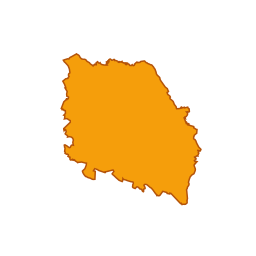 Morroa, Sucre, Colombia, rotated 308°
{"feature_id": "7082276B21586467517782", "entity_name": "Morroa", "entity_type": "district", "adm_level": 2, "iso_a3": "COL", "parent_name": "Colombia", "parent_adm1": "Sucre", "projection": "natural_earth1", "projection_center": [-75.308, 9.392], "detail": "fine", "context": "isolated", "style": "filled", "palette": "amber", "viewbox_px": 256, "rotation_deg": 308, "n_neighbors": 0, "source": "geoboundaries", "source_scale": "gbopen_adm2", "svg_char_len": 5709}
<svg xmlns="http://www.w3.org/2000/svg" viewBox="0 0 256 256"><g transform="rotate(308 128 128)"><path d="M96.0,72.3L97.2,73.4L97.9,74.4L98.0,76.5L98.3,77.9L97.0,79.0L88.0,77.7L87.2,78.4L86.6,79.2L87.7,79.0L88.0,79.1L88.2,79.4L88.1,80.2L87.5,80.2L87.6,80.7L87.4,81.3L86.8,81.7L84.8,82.0L84.6,82.3L84.7,84.6L84.5,85.4L83.6,85.9L84.9,86.9L85.8,88.5L86.0,89.4L85.9,90.7L84.9,92.4L84.0,92.7L82.5,93.5L80.8,95.6L80.2,94.4L79.3,94.0L77.1,94.4L76.4,93.8L76.2,91.7L76.3,90.5L76.0,89.8L76.0,88.9L75.5,88.3L74.8,88.7L74.5,89.3L73.9,89.7L73.5,90.7L70.5,92.5L70.2,93.6L69.3,93.9L69.5,95.7L70.1,96.3L70.2,97.3L70.2,97.5L69.7,97.9L68.7,98.1L68.9,99.8L69.3,99.9L69.3,100.3L67.8,101.3L67.6,101.7L67.4,102.3L67.6,102.8L68.3,103.1L68.5,103.7L68.9,103.4L69.2,103.5L69.3,103.7L69.1,104.5L69.9,105.1L69.9,105.5L69.4,105.6L69.8,106.3L69.6,106.9L69.8,108.6L69.7,109.7L70.7,110.3L71.7,111.5L72.5,112.2L74.4,116.5L74.7,116.9L73.0,118.0L69.4,119.1L66.0,118.6L65.2,119.7L64.5,121.1L63.9,123.1L63.7,124.5L64.0,124.7L64.3,127.0L65.2,129.1L65.6,131.4L66.1,132.3L67.2,133.5L73.7,128.9L73.0,127.1L75.5,126.8L76.4,129.4L76.5,131.0L78.7,137.4L78.9,137.5L79.5,137.0L80.1,137.7L85.7,142.0L85.1,143.6L82.1,143.7L81.9,144.2L81.8,146.6L81.5,149.2L81.3,153.2L82.2,156.4L83.1,156.3L85.0,155.1L84.8,155.8L84.9,156.5L85.8,158.6L86.0,159.5L87.5,163.4L88.5,165.1L88.0,166.0L87.4,166.4L85.9,166.8L85.4,167.4L84.4,167.8L84.2,168.3L84.1,168.9L84.7,170.9L86.9,171.1L87.3,171.5L87.5,171.9L87.6,173.0L87.3,175.1L87.9,176.0L88.0,176.6L87.2,178.1L87.1,178.9L87.3,179.4L87.8,179.3L89.1,178.1L89.8,178.1L90.6,178.7L90.9,178.7L91.7,177.9L92.6,175.9L93.1,175.7L94.0,176.0L94.8,177.3L95.0,177.9L94.8,182.1L95.0,183.3L94.6,185.5L93.3,189.9L93.0,191.5L92.7,192.0L93.1,192.0L93.0,193.2L94.0,194.4L94.8,194.6L99.5,194.4L101.1,198.3L100.5,199.1L101.7,201.5L102.5,201.1L102.7,201.9L102.9,202.1L100.9,215.2L100.9,216.2L101.4,216.3L100.9,217.7L101.7,218.2L102.8,219.7L103.3,220.2L105.0,220.7L106.0,220.3L107.1,219.1L107.3,219.2L107.8,218.8L109.0,218.3L114.6,213.0L115.4,212.1L116.8,211.9L118.2,211.2L120.1,211.2L121.5,210.6L122.4,209.1L125.2,207.9L127.7,207.1L130.2,207.2L132.6,208.1L135.5,207.3L136.7,206.7L137.3,206.1L139.1,203.2L139.7,202.8L141.5,203.0L141.5,202.7L144.0,203.1L143.8,202.5L143.0,201.6L142.9,201.0L143.1,200.4L145.6,200.7L145.9,198.5L146.1,198.3L147.1,199.2L148.1,199.1L148.3,199.3L148.9,200.3L149.1,200.0L151.7,199.3L151.8,198.6L153.6,198.3L153.4,197.1L153.2,197.2L153.1,196.9L153.4,196.8L154.5,199.1L156.1,198.6L156.5,195.5L158.3,191.5L159.7,189.2L160.0,188.3L160.1,187.7L159.9,187.4L160.0,186.3L161.7,185.1L162.0,185.2L163.0,184.7L165.2,185.1L166.1,185.4L169.3,183.3L168.8,182.2L168.8,180.1L168.6,179.7L169.6,178.9L167.3,173.1L167.8,172.9L168.2,173.9L168.7,173.6L168.5,172.6L168.3,172.6L168.2,172.3L167.7,172.5L167.7,171.5L168.1,171.7L168.2,171.3L168.0,171.2L168.3,170.4L168.4,170.6L168.7,170.3L168.5,169.9L168.1,170.1L170.6,165.9L171.0,166.0L170.8,166.4L171.1,166.6L171.1,166.9L171.3,166.6L171.8,166.6L172.0,166.2L172.9,166.8L174.9,166.7L175.8,166.3L176.4,165.6L176.7,164.3L177.0,164.7L177.4,164.8L178.0,166.1L178.8,166.2L180.7,164.4L180.8,162.8L181.2,162.2L178.9,160.4L179.0,160.3L179.1,159.6L178.8,159.4L178.6,159.6L177.6,158.5L177.4,157.1L176.8,157.0L176.5,157.4L176.7,157.7L176.6,157.9L174.5,156.1L173.9,155.3L173.2,154.7L173.2,154.2L174.4,152.8L175.1,150.0L176.6,147.5L176.9,146.2L176.9,143.3L177.6,142.4L178.4,142.4L178.9,141.5L179.0,140.0L178.9,138.7L179.1,138.4L180.1,136.9L180.7,137.3L181.9,137.3L182.1,136.5L183.2,134.8L183.2,132.1L185.3,125.1L185.9,123.6L187.3,121.9L187.7,118.3L188.2,117.0L189.3,115.7L191.0,113.0L191.2,111.9L191.7,110.9L192.3,107.9L192.1,107.4L191.7,106.9L191.5,105.4L191.2,104.6L191.0,103.9L191.1,103.1L190.7,102.3L190.8,100.7L191.0,100.2L190.9,99.6L188.4,97.2L187.7,96.9L187.1,97.0L186.7,96.7L186.1,96.0L185.9,95.4L185.5,95.4L185.4,94.4L184.3,94.2L183.9,94.0L183.4,94.1L183.0,93.9L182.7,94.1L182.1,93.8L181.3,94.3L180.7,94.1L180.2,93.4L180.5,92.3L179.2,92.1L179.1,91.7L178.5,91.2L178.4,90.6L178.7,90.2L178.9,89.2L178.4,88.6L178.6,88.2L178.5,87.9L178.8,87.7L178.5,86.9L178.0,86.8L177.6,87.5L177.0,87.7L176.7,87.5L176.8,86.4L177.5,86.1L177.7,85.8L177.4,85.4L176.9,85.1L176.6,84.1L176.4,84.1L176.3,83.3L176.5,82.9L176.3,82.6L176.6,82.3L175.8,82.1L175.9,81.7L175.3,81.4L175.1,80.4L174.8,80.2L174.3,80.6L173.9,80.1L173.9,79.8L174.3,79.7L174.2,78.5L173.5,76.4L173.0,76.0L173.6,75.1L173.4,74.7L172.0,74.1L171.4,73.5L171.5,71.8L171.4,71.5L171.0,71.2L170.0,70.9L169.8,70.9L169.5,71.3L168.8,70.9L168.5,72.2L168.0,72.2L167.9,72.0L168.0,71.0L166.7,70.3L166.5,70.6L166.3,71.4L166.4,72.1L166.3,72.4L165.7,72.3L165.6,71.7L165.3,71.4L165.0,71.5L164.6,72.0L164.4,72.0L164.4,72.3L162.7,70.1L162.6,69.7L161.8,68.1L161.8,66.8L162.3,65.8L161.5,65.6L161.2,65.0L161.1,64.4L161.5,63.6L161.5,63.2L161.1,63.2L160.0,62.7L158.9,63.7L158.4,64.0L158.2,63.4L158.3,62.9L157.6,62.4L157.3,62.4L157.1,62.8L156.1,62.0L155.4,62.2L155.5,61.0L155.3,59.0L155.7,57.3L155.3,54.7L155.8,52.7L155.5,51.6L154.6,50.4L153.9,48.9L153.9,48.4L154.1,46.9L154.8,45.4L155.0,44.6L154.9,43.1L154.6,42.2L154.7,41.8L148.7,39.3L148.4,39.0L146.9,38.7L146.4,39.0L146.0,38.9L145.1,37.5L144.3,37.2L143.4,36.4L141.6,35.3L140.9,37.2L140.9,38.2L140.2,42.4L138.9,44.7L138.2,45.7L136.0,48.0L135.2,48.3L134.8,48.0L133.9,48.0L132.9,48.6L132.2,49.9L131.0,49.7L130.1,50.1L128.4,48.6L124.8,47.8L123.4,51.0L121.4,54.2L120.8,53.7L119.3,57.6L117.0,58.7L115.4,60.2L115.8,61.1L115.7,62.2L115.3,62.3L114.5,62.8L114.1,62.8L113.3,61.7L112.8,62.4L112.6,62.3L112.4,61.8L109.1,61.3L102.3,63.4L102.6,64.2L101.8,64.7L102.0,65.1L102.5,65.2L102.9,65.7L102.4,66.8L103.1,67.9L101.0,69.7L98.6,69.5L99.0,70.3L97.8,71.4L96.7,71.9L96.4,72.2L96.0,72.3Z" fill="#f59e0b" stroke="#b45309" stroke-width="1.5"/></g></svg>